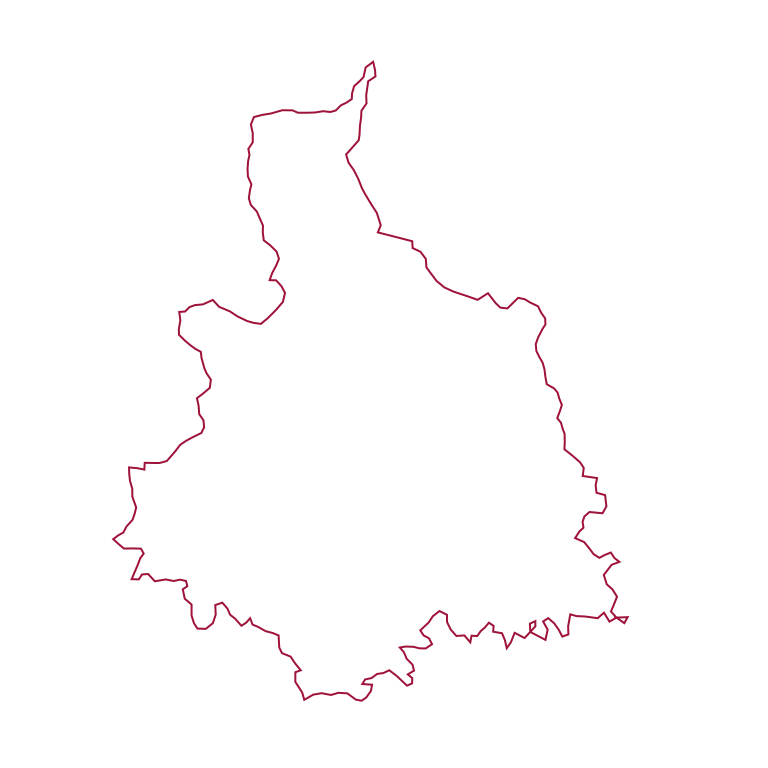 Tatuí, São Paulo, Brazil (Mercator projection), rotated 94°
{"feature_id": "56859067B62823309489019", "entity_name": "Tatuí", "entity_type": "district", "adm_level": 2, "iso_a3": "BRA", "parent_name": "Brazil", "parent_adm1": "São Paulo", "projection": "mercator", "projection_center": [-47.867, -23.355], "detail": "fine", "context": "isolated", "style": "outline", "palette": "rose", "viewbox_px": 768, "rotation_deg": 94, "n_neighbors": 0, "source": "geoboundaries", "source_scale": "gbopen_adm2", "svg_char_len": 4129}
<svg xmlns="http://www.w3.org/2000/svg" viewBox="0 0 768 768"><g transform="rotate(94 384 384)"><path d="M621.1,220.8L628.0,205.1L617.6,203.6L609.8,208.7L606.1,203.8L610.9,197.5L616.6,192.8L623.5,188.5L621.0,182.6L612.9,183.4L600.8,182.1L602.1,175.7L601.9,167.4L602.7,154.5L596.8,148.6L605.3,142.5L600.8,135.8L595.1,141.7L586.8,138.9L579.9,136.7L572.8,141.9L568.3,147.8L559.1,151.4L548.5,144.4L545.0,136.8L541.6,141.9L536.3,146.0L539.3,152.1L542.4,157.0L539.1,163.1L534.5,167.0L527.8,173.2L524.4,182.6L517.4,178.7L513.4,175.0L507.5,176.3L502.1,174.8L497.4,170.1L497.7,157.0L490.6,153.6L479.4,155.7L477.7,164.4L470.3,165.8L463.0,164.9L461.9,179.3L453.7,178.9L448.4,183.0L442.2,191.2L436.5,199.5L429.6,199.6L421.1,200.4L416.3,202.6L410.4,204.7L405.9,208.8L398.3,206.5L392.4,205.1L386.4,208.1L380.5,210.2L376.6,213.9L372.9,221.6L365.6,223.5L358.3,224.9L352.0,227.1L345.9,231.1L340.5,234.3L333.5,235.4L326.8,233.5L318.2,229.8L313.3,227.1L307.3,227.8L302.2,232.0L295.7,235.8L292.6,243.7L289.6,249.5L288.7,256.2L300.0,266.2L299.7,273.2L295.7,278.1L286.2,286.6L289.9,291.6L293.5,296.5L290.9,305.9L288.9,313.7L286.9,321.4L283.4,330.6L277.5,338.8L264.8,349.8L256.3,351.0L249.5,356.9L246.4,364.9L239.6,365.8L233.2,400.7L225.9,398.3L213.8,403.1L206.4,408.7L199.7,413.4L194.9,416.7L190.1,419.7L181.1,424.0L172.9,428.9L165.7,434.8L157.7,437.8L149.0,431.1L142.5,426.2L136.9,425.8L127.9,426.0L119.5,425.4L113.0,425.6L105.3,421.0L97.2,421.9L83.1,420.9L77.8,414.0L71.6,414.8L63.4,417.3L69.5,424.4L79.2,425.8L83.7,429.5L89.0,434.6L96.1,436.1L101.9,436.0L105.9,441.0L109.0,446.4L114.6,451.3L116.4,456.6L116.1,463.6L118.0,472.0L118.8,480.0L119.4,488.8L117.4,494.3L118.0,504.5L122.0,515.5L124.0,524.1L126.8,532.4L134.4,534.9L143.1,532.4L152.1,531.8L158.9,535.7L164.8,534.2L171.3,535.1L179.2,535.1L186.5,534.2L194.1,530.2L199.9,531.2L208.1,531.8L214.6,529.4L220.9,522.8L227.9,519.2L234.4,515.8L241.1,515.5L249.0,514.0L253.8,506.9L259.4,500.4L266.4,497.5L273.4,499.8L281.1,503.3L288.4,505.3L288.1,498.9L293.5,493.2L300.0,489.1L309.2,490.6L317.4,496.7L326.4,504.5L332.6,511.0L332.1,518.6L330.7,525.0L326.8,534.8L322.3,542.8L318.5,553.9L312.1,560.6L317.2,570.2L318.5,578.1L320.8,583.3L325.6,587.6L326.4,593.3L334.7,591.6L343.7,592.5L349.3,591.9L355.2,584.9L359.0,579.6L362.0,574.8L364.7,569.0L370.9,567.8L380.8,564.3L385.9,561.6L391.7,557.0L400.0,557.5L406.4,564.1L411.2,569.6L418.8,567.4L427.0,566.2L432.7,561.6L439.7,560.4L445.6,562.8L450.7,571.6L454.5,577.5L458.8,583.0L465.8,587.6L476.0,595.3L478.5,602.5L478.9,609.2L479.3,617.2L486.1,617.1L485.2,623.9L485.0,632.5L491.3,631.9L498.5,630.6L506.1,627.8L514.0,627.2L524.4,622.6L530.9,623.7L537.1,625.4L544.2,631.0L550.4,633.7L553.4,638.4L557.7,643.3L563.0,636.5L566.3,631.9L565.6,624.1L565.2,615.0L569.9,611.9L574.9,615.0L582.7,617.4L589.8,619.9L596.3,622.1L596.0,614.9L590.9,612.2L590.0,606.1L596.8,598.8L594.2,588.2L595.2,580.0L593.4,573.9L594.3,567.8L599.4,566.1L602.8,570.4L612.1,567.8L617.4,560.6L628.3,559.8L635.7,557.0L641.0,553.0L640.7,544.7L634.5,538.0L625.8,535.8L616.3,536.9L613.4,530.0L619.0,524.5L624.9,521.4L628.7,515.9L635.1,509.4L631.7,504.8L627.0,501.2L633.2,498.3L635.1,492.6L638.8,484.9L640.2,477.5L642.2,471.6L654.2,470.1L659.6,467.0L662.5,458.1L668.9,453.2L675.4,447.1L677.7,452.3L687.3,451.7L693.4,447.1L697.7,444.0L704.6,441.5L698.8,432.9L696.8,424.6L697.9,415.2L695.2,407.8L695.2,398.9L700.8,390.1L701.5,384.2L697.9,379.8L691.1,375.6L684.8,374.9L684.8,384.7L680.1,382.3L678.2,375.9L673.7,370.6L672.4,364.5L669.2,358.8L674.2,351.1L683.3,340.0L680.7,335.1L675.4,335.3L672.0,340.0L667.9,334.1L662.1,335.9L656.5,342.2L650.1,345.5L645.8,349.8L644.4,344.3L644.1,336.3L645.2,330.2L644.9,324.0L640.2,317.9L634.5,321.4L632.1,326.9L627.2,330.6L618.8,322.8L612.3,319.1L606.6,312.8L609.8,305.1L617.1,304.5L624.2,300.4L630.3,294.2L629.2,286.3L635.7,279.9L629.0,279.1L628.9,273.4L623.8,270.3L619.9,266.4L614.8,262.7L617.6,257.8L623.5,257.8L624.4,248.9L630.9,245.6L639.0,243.1L632.8,239.4L623.1,236.3L627.6,226.0L621.1,220.8ZM621.1,220.8L612.9,221.7L610.0,216.5L615.2,216.1L621.1,220.8ZM600.8,135.8L605.8,127.6L599.6,124.7L600.8,135.8Z" fill="none" stroke="#9f1239" stroke-width="2"/></g></svg>